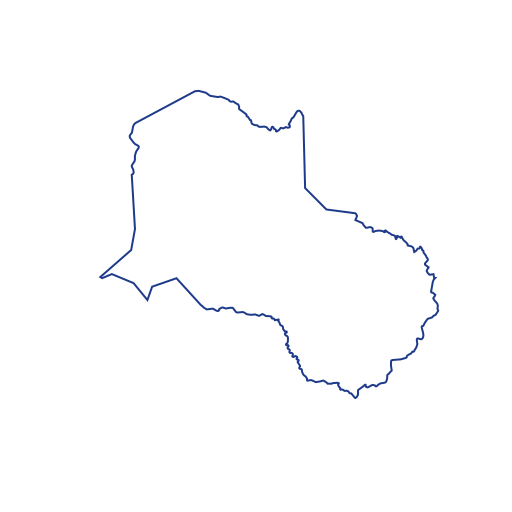 Gualcince, Lempira, Honduras, rotated 233°
{"feature_id": "27666195B50739684547416", "entity_name": "Gualcince", "entity_type": "district", "adm_level": 2, "iso_a3": "HND", "parent_name": "Honduras", "parent_adm1": "Lempira", "projection": "orthographic", "projection_center": [-88.598, 14.136], "detail": "fine", "context": "isolated", "style": "outline", "palette": "blue", "viewbox_px": 512, "rotation_deg": 233, "n_neighbors": 0, "source": "geoboundaries", "source_scale": "gbopen_adm2", "svg_char_len": 6075}
<svg xmlns="http://www.w3.org/2000/svg" viewBox="0 0 512 512"><g transform="rotate(233 256 256)"><path d="M339.4,378.0L340.8,378.0L342.9,378.5L344.5,378.4L345.5,378.2L346.1,377.8L346.5,377.2L346.8,376.5L346.5,374.9L344.2,369.4L344.4,367.5L342.7,364.5L341.7,361.8L341.3,361.3L340.4,361.6L339.5,361.3L338.9,360.9L338.6,360.3L338.9,359.4L339.3,358.6L339.8,358.2L340.6,357.8L341.0,357.4L341.2,355.8L341.7,354.4L342.2,353.9L343.1,353.3L343.4,352.9L343.4,352.3L343.0,351.3L342.8,350.1L342.8,348.3L343.1,347.3L343.6,347.1L344.3,347.6L345.0,347.8L345.6,347.6L346.6,346.9L348.2,347.3L348.9,347.2L349.4,346.8L349.4,346.4L349.2,345.8L348.3,344.6L347.9,343.7L347.7,343.1L348.0,342.7L349.9,342.1L352.0,342.0L353.2,341.5L354.5,340.3L356.1,337.7L357.3,336.3L357.9,335.9L359.0,335.8L359.6,335.6L361.3,333.8L362.6,333.0L363.7,332.5L364.4,332.4L365.4,332.7L367.3,333.7L367.6,333.6L368.1,333.1L371.9,333.3L373.3,332.7L373.9,332.9L374.6,333.5L375.1,333.5L383.4,331.0L383.9,331.2L385.5,332.4L387.6,333.0L390.4,331.7L392.7,331.0L393.4,330.5L394.0,329.2L394.8,328.5L395.9,328.1L397.2,328.2L401.6,325.6L404.5,323.7L405.0,323.1L405.4,322.1L406.2,320.9L411.2,316.1L412.0,315.6L416.6,314.2L422.5,309.5L423.3,308.0L424.3,306.5L434.8,239.4L434.3,237.4L433.2,235.5L429.2,231.2L428.3,228.0L427.7,227.2L426.1,226.5L420.3,226.5L418.2,226.8L414.8,228.3L414.2,228.3L413.7,228.1L412.9,227.2L411.7,223.5L410.7,221.9L408.7,219.4L406.3,217.7L404.8,216.1L403.4,212.1L402.6,210.8L402.1,210.6L398.8,209.9L397.2,209.1L396.1,208.3L395.7,207.7L395.6,206.7L395.7,205.7L350.4,175.6L335.9,159.9L332.9,119.0L330.9,119.8L328.3,130.0L308.0,141.9L286.2,142.8L294.0,154.6L286.1,179.1L249.5,182.5L248.6,183.0L247.0,183.1L245.8,183.4L242.9,184.6L240.0,189.8L236.2,191.5L235.2,192.2L234.8,192.9L234.8,193.6L235.1,194.1L235.7,194.6L235.7,195.4L235.3,198.0L234.3,198.9L232.3,200.2L230.0,204.5L228.8,206.0L228.2,206.3L223.4,206.3L222.5,206.7L221.8,207.5L219.2,211.7L217.5,212.8L215.5,213.4L214.5,214.1L213.1,215.5L211.4,217.5L209.9,220.1L206.4,222.4L206.0,224.3L205.9,225.8L205.7,226.3L203.8,227.2L202.2,227.7L199.5,230.9L198.3,231.8L197.8,231.8L197.3,231.3L196.7,231.2L196.2,231.4L195.6,232.2L195.1,232.6L194.5,232.7L193.7,232.4L193.4,232.4L191.7,235.8L191.3,235.7L191.2,235.0L190.8,234.7L188.9,234.7L186.5,233.9L185.7,234.1L184.5,234.8L183.8,234.9L182.8,234.6L181.2,233.7L179.3,233.6L178.5,233.8L177.5,234.8L176.8,234.9L176.4,234.3L176.9,233.1L176.8,232.7L176.5,232.3L175.9,232.0L175.3,231.9L174.7,232.0L173.2,232.7L172.5,232.7L171.7,232.4L169.7,231.0L168.1,229.5L167.7,228.7L167.6,227.3L167.1,226.6L166.4,226.6L165.7,227.8L165.3,228.0L164.9,228.0L164.2,227.5L163.9,226.3L163.4,225.8L162.5,225.7L161.5,226.3L160.7,226.4L160.1,226.1L159.5,225.1L159.0,224.8L158.1,224.9L157.1,226.2L156.1,226.5L155.6,226.4L155.0,226.1L154.2,224.7L153.7,224.6L153.3,224.7L152.7,225.3L152.7,226.5L152.5,227.1L151.6,227.8L150.7,228.1L150.1,227.9L149.8,226.9L149.3,226.4L148.7,226.5L147.9,227.2L147.3,227.4L146.9,227.2L146.6,226.9L146.5,225.8L146.2,225.4L141.8,225.1L141.3,224.7L140.9,223.5L140.3,223.0L139.5,223.1L138.6,224.0L138.0,224.2L137.3,224.0L135.7,223.1L133.5,222.5L131.9,222.5L130.1,223.1L129.0,223.1L127.3,222.9L126.1,222.0L125.7,222.0L125.2,222.4L124.7,223.7L123.6,225.5L121.3,226.8L119.7,227.6L119.2,228.0L117.2,231.8L116.5,233.8L115.9,234.9L113.4,235.9L112.1,236.3L111.1,236.3L110.7,236.5L110.1,237.6L108.7,239.1L108.2,240.9L105.9,244.5L105.1,245.3L104.7,245.5L104.3,245.3L104.0,244.3L103.4,243.9L101.7,243.6L99.9,243.8L99.5,243.6L99.0,243.0L98.5,243.0L98.1,243.3L97.8,244.0L97.4,244.6L96.7,245.0L95.1,245.5L94.7,245.9L94.1,247.1L92.7,248.1L91.9,248.3L90.7,248.2L90.0,248.3L89.5,248.6L89.0,249.3L88.7,249.4L83.7,249.6L83.0,249.7L82.7,250.0L82.8,251.6L83.6,253.6L84.9,254.9L86.9,256.2L87.5,257.0L87.4,262.8L87.6,265.5L87.4,265.9L86.9,266.0L86.2,265.3L85.5,265.1L84.0,265.9L83.8,266.3L83.0,271.4L81.5,272.8L80.9,273.1L80.0,273.1L79.6,273.5L79.4,274.2L79.6,276.1L79.4,278.6L77.3,282.7L77.2,283.7L77.5,284.7L78.3,285.8L80.1,287.8L81.6,288.9L82.0,289.5L82.1,290.0L82.0,291.3L82.6,293.6L82.8,295.4L87.7,298.1L90.1,300.1L91.0,301.0L91.1,301.4L90.6,302.7L86.3,309.5L84.3,314.7L84.4,315.3L85.1,316.0L85.4,316.7L85.3,318.6L84.8,321.2L85.3,322.6L85.4,323.2L85.3,323.7L84.7,324.3L84.7,324.8L85.6,326.5L86.4,328.8L88.5,331.8L88.9,332.1L90.4,332.8L92.0,333.8L92.7,334.4L93.0,335.0L93.0,335.3L92.8,335.6L90.4,337.5L90.0,338.0L90.0,339.4L90.8,340.8L91.6,341.7L92.9,342.6L94.8,343.5L98.7,345.1L99.6,345.6L100.0,346.1L100.0,346.6L99.6,347.3L99.6,347.8L100.7,349.8L101.4,351.6L102.5,355.2L101.0,359.7L101.4,361.9L100.9,363.9L102.5,368.4L103.0,368.8L104.2,369.0L104.9,369.4L106.7,371.2L108.2,371.9L109.7,372.1L112.9,371.8L115.3,372.0L115.7,372.4L116.6,375.1L117.1,375.8L119.5,375.3L120.5,374.9L121.4,374.1L122.0,374.2L129.0,381.7L130.2,383.8L130.6,385.9L131.1,385.3L131.5,385.2L134.7,386.8L136.3,383.7L136.6,383.3L138.7,383.0L140.8,383.1L141.4,383.4L142.3,384.9L142.7,385.8L142.9,386.9L143.1,387.1L146.7,385.9L147.6,385.9L148.0,386.1L148.4,386.6L148.6,387.4L149.2,390.4L149.5,391.0L150.1,391.3L150.8,391.5L152.1,391.4L154.0,391.9L158.0,391.9L159.4,392.8L159.8,392.8L160.7,392.3L162.4,393.0L164.2,393.0L164.6,392.8L164.6,392.4L163.9,391.8L163.7,391.1L163.9,390.6L164.4,389.9L164.6,389.5L163.9,387.6L163.8,385.9L164.0,384.8L167.3,386.3L168.1,386.5L169.2,386.3L170.2,385.9L173.1,383.5L173.5,383.6L174.1,384.1L174.5,384.2L176.2,384.1L179.7,383.4L181.7,383.5L183.2,383.9L183.9,383.9L184.1,383.5L183.5,383.0L183.5,382.5L186.7,381.2L187.0,380.9L187.0,380.6L186.3,380.3L185.9,379.8L185.2,378.2L185.3,378.0L186.8,378.3L187.8,379.1L188.4,379.1L189.6,378.5L191.2,377.2L193.3,376.6L196.0,375.4L197.8,375.1L198.5,374.8L198.6,374.2L198.4,374.0L197.6,373.7L197.5,373.4L197.6,373.0L198.2,372.6L199.1,372.5L199.5,372.3L202.1,369.8L204.1,366.5L204.3,365.0L204.6,364.3L204.9,364.0L205.3,364.0L206.0,364.4L207.6,365.6L208.2,365.7L209.0,365.5L209.8,365.0L210.6,364.3L211.6,362.0L212.5,360.7L216.0,360.5L218.2,360.8L224.9,357.0L225.1,357.2L225.9,358.8L227.2,360.8L229.4,361.2L230.4,361.0L250.8,340.2L280.7,336.1L339.4,378.0Z" fill="none" stroke="#1e3a8a" stroke-width="2"/></g></svg>